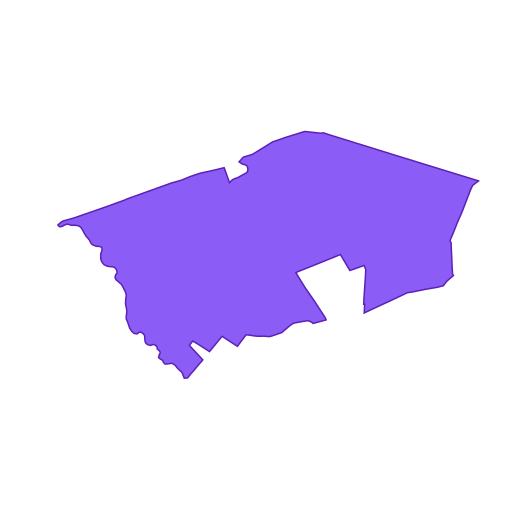 the district of Zarand, Arad, Romania, rotated 193°
{"feature_id": "2599482B71150188153613", "entity_name": "Zarand", "entity_type": "district", "adm_level": 2, "iso_a3": "ROU", "parent_name": "Romania", "parent_adm1": "Arad", "projection": "robinson", "projection_center": [21.561, 46.439], "detail": "fine", "context": "isolated", "style": "filled", "palette": "violet", "viewbox_px": 512, "rotation_deg": 193, "n_neighbors": 0, "source": "geoboundaries", "source_scale": "gbopen_adm2", "svg_char_len": 3213}
<svg xmlns="http://www.w3.org/2000/svg" viewBox="0 0 512 512"><g transform="rotate(193 256 256)"><path d="M456.0,241.8L455.6,241.3L455.0,240.8L454.1,240.4L453.2,240.5L452.3,240.9L451.3,241.4L450.0,242.7L448.0,244.2L446.4,244.7L444.1,244.5L442.4,244.4L441.0,244.9L437.9,245.4L436.3,245.5L434.2,245.0L433.2,244.6L430.7,242.2L428.5,239.6L426.0,237.0L423.5,235.3L422.1,234.2L421.0,232.9L419.2,230.9L417.6,230.1L416.1,229.9L414.5,229.6L413.2,229.6L411.1,230.1L409.8,230.0L408.7,229.8L408.0,229.1L407.5,227.8L407.3,226.4L407.8,223.4L407.4,221.9L407.1,220.2L406.4,217.8L405.3,216.2L404.2,214.9L402.0,213.3L400.4,213.0L398.7,212.6L396.7,212.7L393.1,213.2L391.1,213.0L389.7,212.0L388.2,210.3L387.8,209.0L387.5,208.0L388.0,207.0L388.4,206.5L388.6,205.0L388.5,203.4L387.9,202.5L387.1,201.4L384.9,200.3L380.8,198.1L380.3,197.6L378.5,195.7L377.4,194.1L376.2,193.0L375.3,191.7L374.1,189.8L373.5,187.9L373.3,185.5L373.1,183.5L372.8,182.4L372.5,180.5L371.8,178.6L370.4,175.8L369.8,174.0L369.4,172.9L369.0,169.6L368.8,167.4L368.4,166.4L368.3,165.4L367.7,164.8L365.4,161.4L364.5,159.9L363.7,158.7L363.0,157.4L360.1,154.6L358.4,153.7L357.3,153.1L355.2,153.3L354.2,153.4L353.6,154.2L352.7,155.4L351.1,155.8L350.0,155.6L347.9,154.6L346.7,153.4L345.9,151.1L345.5,149.5L344.5,147.1L343.6,146.2L342.2,145.4L340.4,145.2L338.8,145.1L337.3,146.0L336.0,146.7L334.3,146.6L331.9,145.1L331.3,143.1L329.4,142.3L327.9,140.9L327.5,139.6L327.9,138.8L328.2,137.9L328.1,137.7L327.9,137.5L328.2,135.4L327.3,134.6L326.1,134.1L323.5,133.3L322.2,131.4L321.2,130.8L320.2,130.2L317.5,131.1L313.7,132.6L310.3,131.4L308.2,129.8L307.4,129.1L302.0,125.9L298.4,120.8L295.2,121.8L293.2,126.1L290.5,131.1L287.1,137.8L284.6,142.5L284.5,142.9L300.8,153.9L298.5,158.9L293.4,157.3L279.8,152.4L271.0,170.1L253.8,163.8L248.0,176.9L244.8,177.4L239.9,177.7L236.3,178.2L229.5,179.8L225.0,180.4L223.4,181.1L219.0,183.8L213.5,187.3L212.9,188.2L207.4,195.7L204.4,198.9L200.4,200.7L196.7,202.3L193.1,203.8L190.3,204.7L186.8,204.0L185.2,203.1L173.3,209.5L174.5,211.3L189.0,225.3L200.8,236.0L205.4,240.6L213.4,248.8L212.9,249.2L210.7,250.8L193.3,262.9L174.1,276.4L161.3,263.0L159.0,264.4L153.7,267.8L148.5,271.1L146.0,267.4L145.3,263.6L143.5,252.7L141.1,238.0L140.2,233.2L139.3,233.4L138.3,228.0L137.8,224.8L123.4,236.1L116.4,241.5L102.6,252.4L100.5,254.1L93.1,257.2L84.2,261.3L72.3,266.3L68.0,268.5L66.8,269.2L66.1,270.7L64.4,274.3L61.7,278.1L59.2,281.4L59.8,282.0L60.4,282.7L62.3,289.0L68.9,312.8L70.2,314.3L70.3,315.4L69.7,319.0L69.0,322.6L67.2,334.6L65.5,343.1L64.7,348.3L63.9,354.2L62.9,361.1L61.9,368.3L60.8,373.5L58.1,376.8L56.0,379.2L56.3,379.3L59.7,379.5L63.7,379.8L72.2,380.4L147.2,385.8L213.1,390.7L217.9,391.2L220.6,390.2L236.6,388.3L253.9,378.2L264.7,371.4L265.4,371.0L282.5,354.1L290.6,349.5L293.7,343.9L290.5,342.7L289.1,342.4L287.8,342.5L286.6,342.4L285.0,341.6L283.8,339.9L283.3,337.8L283.2,336.9L283.6,335.7L284.0,334.9L286.9,332.4L290.4,329.2L291.5,328.2L293.9,326.8L296.0,325.1L297.1,323.5L298.4,321.4L299.6,323.5L306.9,334.9L313.8,331.4L320.8,328.0L329.1,324.1L337.9,318.7L345.9,313.0L354.7,308.2L379.4,292.3L395.0,282.3L396.1,281.3L412.7,270.5L442.0,252.1L450.8,247.3L452.6,246.2L456.0,241.8Z" fill="#8b5cf6" stroke="#5b21b6" stroke-width="1.5"/></g></svg>